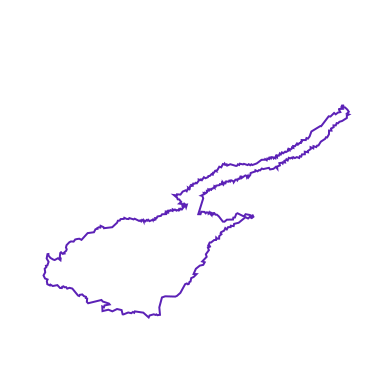 Huatusco, Veracruz, Mexico, rotated 311°
{"feature_id": "50627088B83258114022778", "entity_name": "Huatusco", "entity_type": "district", "adm_level": 2, "iso_a3": "MEX", "parent_name": "Mexico", "parent_adm1": "Veracruz", "projection": "albers", "projection_center": [-96.897, 19.146], "detail": "fine", "context": "isolated", "style": "outline", "palette": "violet", "viewbox_px": 384, "rotation_deg": 311, "n_neighbors": 0, "source": "geoboundaries", "source_scale": "gbopen_adm2", "svg_char_len": 6072}
<svg xmlns="http://www.w3.org/2000/svg" viewBox="0 0 384 384"><g transform="rotate(311 192 192)"><path d="M43.4,202.6L48.3,206.1L49.7,210.2L54.5,212.2L56.7,216.3L54.2,219.9L54.7,220.6L59.2,222.9L60.7,225.7L62.7,226.1L62.9,227.6L64.4,227.2L69.0,234.4L68.9,241.6L71.0,241.0L74.6,243.4L75.3,245.1L76.3,245.5L76.3,246.7L78.3,248.4L83.5,243.0L92.7,238.5L95.7,240.2L102.1,248.0L103.7,248.8L108.2,249.4L117.9,247.3L119.6,248.1L119.6,249.4L120.5,249.9L122.5,249.1L123.5,249.6L126.5,247.9L129.0,249.0L133.0,249.3L131.2,247.0L136.6,245.3L141.6,246.2L144.4,248.3L147.3,247.7L146.3,245.3L152.7,245.6L154.1,243.3L159.2,242.9L160.5,240.5L162.6,241.4L163.0,240.4L162.3,239.4L165.5,238.5L166.4,239.5L170.2,240.2L171.6,241.6L173.5,240.2L173.4,241.8L174.6,243.1L176.5,241.5L179.5,241.9L179.6,240.7L180.6,240.3L184.0,241.6L186.6,240.8L186.6,242.8L189.2,242.3L190.8,244.2L192.0,243.4L193.6,245.8L195.6,244.7L199.4,247.4L208.1,248.9L208.8,251.7L210.9,251.9L211.5,254.2L213.6,254.6L214.2,253.1L212.9,252.5L212.6,250.7L210.4,247.0L208.4,247.2L207.4,246.5L205.8,240.3L204.4,239.8L200.9,241.1L199.8,240.0L198.1,241.0L194.0,236.5L190.9,236.0L189.9,234.7L191.2,228.2L191.2,225.6L190.3,224.6L190.7,222.6L190.0,221.9L189.3,222.4L189.0,220.8L188.4,221.4L188.4,219.8L187.4,221.1L187.6,218.7L186.5,218.6L187.2,217.7L186.1,216.3L184.9,216.3L185.1,214.4L183.2,212.0L180.8,213.0L179.4,211.3L194.6,204.6L195.8,202.4L195.3,201.3L198.1,202.5L198.9,201.5L199.4,202.7L200.0,202.3L200.4,203.3L201.7,203.5L202.7,202.4L203.6,203.4L204.5,202.7L204.6,203.8L205.5,203.4L206.2,205.0L207.1,204.5L208.0,205.4L209.9,205.4L209.9,206.4L211.2,205.1L211.6,206.4L212.7,206.1L215.3,208.3L216.3,207.9L217.3,209.3L218.5,208.6L218.3,210.0L219.4,209.0L219.0,210.7L220.4,210.4L220.6,211.5L222.4,210.8L223.8,212.9L225.0,212.7L225.1,214.0L226.5,213.8L227.3,216.2L226.7,217.1L229.8,216.7L230.8,217.6L230.5,218.6L232.5,218.3L233.2,219.3L235.5,218.4L236.1,219.2L235.2,220.3L239.5,221.4L240.0,222.6L239.1,223.9L240.9,223.6L240.0,225.0L243.1,224.8L244.8,223.8L248.9,226.2L250.0,225.6L250.6,227.9L252.5,228.2L253.0,229.2L255.5,229.3L256.0,230.7L260.7,234.2L260.2,236.1L263.0,238.3L266.0,238.8L265.6,241.0L267.0,239.5L269.7,240.9L271.1,239.0L273.1,240.6L273.0,241.7L274.3,241.2L275.3,242.8L276.3,241.3L277.5,242.1L278.6,241.8L278.6,243.5L281.3,242.6L281.8,244.1L283.1,244.5L283.3,245.8L284.7,245.5L285.1,247.4L287.1,248.2L288.0,250.6L289.7,249.9L290.4,251.2L292.5,250.3L294.5,252.4L296.4,250.7L298.1,253.5L299.0,252.5L302.2,253.4L303.6,252.1L304.5,254.9L306.3,253.6L307.4,256.3L309.1,256.0L310.1,256.9L314.5,256.2L319.5,257.6L321.2,257.2L321.8,258.2L325.4,257.5L328.3,255.1L329.8,257.0L331.1,255.3L333.8,256.4L335.1,255.1L336.6,256.8L338.9,256.0L339.6,257.1L341.7,257.2L344.1,258.7L349.5,260.3L351.3,258.7L353.5,259.6L352.7,257.5L355.4,257.7L356.1,255.2L356.2,252.0L355.3,251.1L356.5,249.4L355.7,248.5L354.1,249.0L353.6,251.1L351.2,248.6L350.6,248.9L349.6,251.5L347.6,250.0L344.9,249.5L344.9,247.4L339.8,247.0L338.8,245.5L326.4,246.3L326.0,245.6L316.0,242.4L311.1,244.3L308.3,244.5L307.8,243.0L305.8,243.8L303.2,240.7L302.2,241.8L301.4,241.3L300.4,242.0L299.7,241.1L298.3,241.0L297.7,239.7L296.9,240.5L296.5,239.5L294.2,239.7L293.1,238.2L291.8,239.6L291.2,238.2L290.3,238.8L288.8,238.5L288.2,237.0L287.4,238.1L286.9,236.7L286.0,237.5L283.7,236.7L283.6,235.8L281.0,235.4L280.9,233.9L278.6,234.4L278.7,233.0L276.3,233.7L275.4,232.1L274.1,233.3L274.1,231.8L272.2,232.9L272.0,231.6L270.9,231.6L271.3,230.3L270.6,229.3L269.2,229.6L269.5,228.4L268.6,227.7L267.4,228.5L266.6,226.9L265.0,227.6L264.8,225.6L264.1,225.8L262.0,223.4L256.0,222.1L251.9,219.8L251.8,218.6L250.4,218.4L250.2,216.6L248.8,216.3L247.3,212.7L246.3,212.4L244.7,209.5L243.4,209.9L243.0,208.5L241.7,208.8L240.6,208.2L238.1,202.7L235.0,201.2L235.6,200.0L234.4,199.4L234.8,198.0L233.9,198.2L233.4,197.0L229.8,197.9L229.0,196.0L225.0,196.8L223.7,195.9L223.5,196.6L223.0,195.6L220.8,195.9L219.8,194.6L220.1,195.7L218.7,196.3L218.4,195.0L215.8,194.9L214.7,193.9L213.6,194.3L211.2,193.1L211.0,191.3L207.4,191.7L207.4,190.5L206.5,190.5L205.8,188.8L204.8,189.7L201.7,189.9L201.4,188.8L200.2,188.7L199.1,187.4L198.1,187.9L197.1,187.0L196.9,188.2L195.1,186.8L193.1,188.0L192.8,186.3L191.9,187.7L191.4,186.8L189.1,187.5L189.1,186.1L186.2,184.7L182.5,185.0L180.4,182.2L179.5,182.8L177.8,180.3L177.9,184.6L177.1,186.0L178.0,187.2L177.4,190.4L174.9,190.0L177.3,193.8L178.1,193.7L178.2,195.7L179.1,196.4L176.7,197.5L177.5,196.2L175.6,195.8L176.1,194.7L175.3,193.8L173.7,195.7L172.1,195.8L171.7,194.1L170.3,194.4L170.4,193.5L169.1,193.8L168.5,192.5L167.7,192.4L167.6,190.6L166.5,190.3L166.2,188.8L164.9,189.7L164.1,187.6L163.2,187.7L162.5,186.5L161.3,187.3L161.4,186.3L160.4,186.5L160.9,185.9L160.3,185.2L159.7,186.4L159.0,185.6L158.2,186.8L155.5,184.0L153.6,184.2L150.9,182.0L149.1,182.4L148.1,181.3L147.3,182.5L146.1,181.9L145.9,180.8L145.2,181.1L145.4,180.6L142.2,179.1L142.3,177.2L141.3,177.3L141.1,176.1L139.3,176.1L139.1,174.5L138.0,175.2L138.8,173.5L138.1,173.6L138.0,172.6L136.5,172.9L136.6,171.5L135.5,171.1L134.2,166.2L133.0,165.9L131.2,161.8L130.0,161.9L128.8,160.3L128.1,157.8L127.0,158.2L124.7,155.9L123.0,156.2L121.7,154.9L119.7,155.6L113.1,154.9L106.9,149.3L107.4,148.3L106.5,145.2L105.0,146.1L104.2,144.8L102.6,144.2L102.2,144.8L100.6,143.6L97.3,144.4L92.5,140.2L83.4,140.0L82.8,137.6L81.1,136.1L79.5,135.0L76.9,135.2L75.3,133.1L73.6,132.4L69.6,132.2L67.4,133.3L66.6,135.0L65.1,135.6L61.9,135.2L61.8,136.0L60.5,135.0L60.6,132.7L59.5,132.6L56.2,134.9L55.8,136.4L54.2,137.5L54.1,134.3L50.6,133.0L50.0,131.7L49.4,128.4L49.9,125.3L51.0,124.3L50.3,123.7L46.5,125.9L45.2,129.6L41.7,131.0L40.5,130.2L39.8,131.3L37.4,131.2L35.1,133.9L31.6,134.7L30.3,137.8L31.2,140.4L29.5,140.9L27.5,143.3L28.3,146.1L29.2,145.9L29.7,148.6L33.4,151.5L33.0,155.4L34.1,156.8L35.3,156.2L36.5,156.9L36.4,158.2L37.6,159.4L37.2,161.2L39.3,162.4L40.6,165.0L39.1,173.9L39.5,175.1L40.8,174.8L42.7,176.4L42.5,178.7L43.3,180.7L42.3,181.4L42.8,182.8L40.1,184.7L39.9,186.6L51.1,194.5L50.8,196.5L53.3,202.5L53.1,203.6L49.0,200.4L47.2,201.2L46.7,199.4L43.4,202.6Z" fill="none" stroke="#5b21b6" stroke-width="2"/></g></svg>